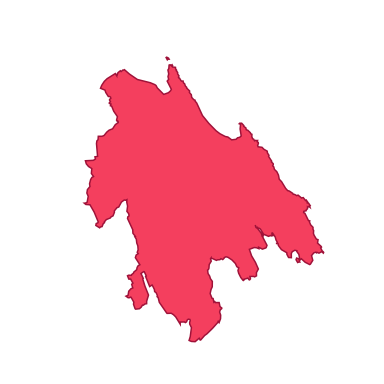 outline of Midleton Lea-7, Cork, Ireland, rotated 247°
{"feature_id": "5873133B11513938910004", "entity_name": "Midleton Lea-7", "entity_type": "district", "adm_level": 2, "iso_a3": "IRL", "parent_name": "Ireland", "parent_adm1": "Cork", "projection": "equal_earth", "projection_center": [-8.098, 51.922], "detail": "fine", "context": "isolated", "style": "filled", "palette": "rose", "viewbox_px": 384, "rotation_deg": 247, "n_neighbors": 0, "source": "geoboundaries", "source_scale": "gbopen_adm2", "svg_char_len": 6030}
<svg xmlns="http://www.w3.org/2000/svg" viewBox="0 0 384 384"><g transform="rotate(247 192 192)"><path d="M113.7,231.4L115.1,231.8L111.9,234.5L111.7,237.7L111.8,238.5L113.6,240.2L122.2,239.5L123.0,239.9L123.6,239.3L127.0,239.6L132.0,238.3L132.5,238.8L132.3,238.3L134.6,237.0L136.9,237.3L134.3,237.2L133.9,238.6L132.4,238.9L132.2,239.9L131.1,240.5L125.6,241.3L126.1,240.9L125.6,240.1L124.3,240.7L124.5,242.1L121.3,245.1L121.2,247.4L120.6,247.8L120.3,249.1L121.9,249.1L122.4,249.7L123.0,248.9L122.8,250.1L118.1,251.0L115.0,250.6L112.1,250.9L111.6,250.6L111.8,249.2L110.8,251.0L109.0,250.6L104.0,251.8L99.1,255.5L97.5,255.0L94.0,255.3L92.7,257.8L96.6,259.4L97.9,261.0L98.2,263.9L97.0,265.6L96.4,265.2L92.8,266.0L87.9,264.9L87.6,264.1L88.9,264.0L90.3,262.5L89.0,261.3L85.8,261.7L85.8,263.2L85.4,263.8L86.9,264.0L87.8,266.6L83.1,268.7L79.2,272.0L79.3,272.8L81.9,276.5L86.8,277.2L87.2,278.3L86.9,278.4L87.4,278.4L88.4,280.4L88.2,282.4L87.3,282.9L87.6,283.5L86.1,285.0L86.4,288.1L84.4,289.0L84.8,289.5L85.6,289.2L85.0,289.7L87.1,288.8L90.3,288.6L90.7,289.7L91.5,289.6L95.9,287.6L98.9,289.4L100.0,288.1L104.4,287.5L106.4,287.6L109.0,288.9L110.4,288.8L112.2,289.6L115.4,288.4L118.9,288.4L119.3,289.1L120.5,288.0L128.3,287.6L129.4,286.7L130.5,287.3L130.2,289.7L130.6,289.7L131.5,291.8L132.9,292.4L132.6,292.5L133.1,293.9L131.8,294.6L133.0,294.7L133.2,295.5L135.9,295.0L137.0,293.9L137.3,294.6L139.3,293.8L139.1,294.2L140.0,294.0L139.8,293.2L143.4,292.2L143.7,290.5L147.7,288.4L147.7,287.0L149.7,285.5L150.3,284.3L151.4,284.2L154.9,281.9L155.9,280.6L158.8,279.6L166.5,278.5L169.7,277.3L173.8,278.2L177.6,278.0L180.6,276.7L183.2,277.1L184.6,276.5L185.4,277.5L186.4,277.8L188.7,276.8L189.2,277.4L194.8,276.4L195.7,277.2L198.5,276.7L200.2,277.2L203.2,274.9L205.8,273.9L207.8,270.5L209.4,270.7L210.6,272.0L211.7,272.3L212.6,271.7L213.8,272.5L214.1,271.3L214.6,271.0L214.7,269.6L216.5,269.4L217.4,268.6L219.6,268.7L221.7,269.7L222.7,268.8L223.7,268.9L227.0,267.5L228.1,266.3L230.1,266.6L232.1,265.3L232.8,265.7L235.9,264.6L236.7,262.8L236.5,262.4L236.0,263.5L234.9,262.9L236.1,262.5L234.9,262.9L231.2,260.9L224.4,259.2L223.7,257.3L224.1,255.1L223.3,253.2L224.5,248.9L228.6,246.5L230.1,244.3L234.7,240.5L238.9,238.1L248.6,234.3L258.3,231.5L272.1,231.1L274.4,230.4L275.3,230.7L276.3,229.7L279.2,228.7L281.9,229.4L284.6,228.5L285.9,229.3L289.7,227.7L290.4,228.0L292.2,227.3L294.6,227.5L295.7,226.8L297.7,227.1L298.0,225.9L298.8,225.4L301.8,225.0L302.2,224.4L303.0,224.4L304.0,225.4L306.3,224.9L307.7,225.5L309.8,224.9L310.2,225.4L311.7,225.0L313.2,225.5L314.7,222.9L315.6,222.7L315.9,223.5L316.8,223.4L316.5,222.9L317.0,222.5L316.6,222.1L317.7,221.4L317.8,220.5L314.7,218.9L313.7,217.5L309.8,216.7L307.6,215.0L304.8,214.5L303.8,212.5L294.6,213.1L293.5,211.7L292.6,209.1L292.9,204.1L301.4,200.7L304.1,200.5L305.4,199.7L308.9,196.3L316.9,185.7L325.0,180.5L331.0,177.6L330.8,176.8L331.3,176.2L330.6,173.8L331.6,173.4L330.8,170.5L329.4,169.3L329.8,169.2L329.5,168.6L328.4,168.1L331.0,167.7L329.5,158.2L328.1,154.5L325.5,150.6L323.2,148.3L319.8,151.7L317.3,151.5L312.6,152.3L311.9,153.7L311.1,154.1L309.8,153.8L309.5,152.4L308.9,152.0L307.0,152.2L306.5,150.8L305.8,150.5L304.6,151.8L303.3,150.6L302.3,151.6L296.9,151.5L290.5,152.8L287.6,150.6L286.3,150.8L286.4,151.4L285.9,151.6L284.7,151.2L284.0,147.8L281.2,143.6L281.3,139.8L280.4,136.9L278.4,133.2L278.4,131.0L279.9,127.5L276.9,126.0L276.2,124.4L273.9,123.0L261.7,119.0L262.3,116.4L260.1,116.0L259.7,113.6L262.4,106.1L259.2,105.7L255.9,106.7L252.7,108.9L248.4,106.6L244.7,107.4L244.5,105.5L243.1,103.6L239.6,100.9L236.9,100.2L235.1,96.7L232.1,94.8L228.6,94.8L223.6,91.5L223.4,89.7L223.8,88.5L222.0,89.4L220.1,93.1L211.7,94.1L201.1,94.0L200.4,93.2L200.4,91.5L198.8,90.4L195.1,93.0L195.6,94.0L195.3,95.7L197.5,97.9L198.0,99.5L198.7,99.6L200.1,102.4L200.0,106.7L200.7,107.7L200.9,110.0L203.7,112.7L204.9,113.1L206.9,116.8L206.8,118.7L210.3,123.1L211.1,126.5L210.3,127.8L210.4,129.1L208.2,128.0L204.2,127.2L199.6,124.5L197.0,125.2L195.3,125.0L194.3,124.2L194.2,123.2L192.8,122.3L180.5,122.7L177.1,121.5L173.2,122.5L173.2,121.9L170.3,122.3L166.6,121.2L163.6,121.1L159.8,119.8L157.9,118.0L156.3,118.4L155.8,116.0L153.7,114.2L145.4,115.6L145.2,113.6L144.0,112.0L142.1,110.7L141.0,107.1L140.1,106.3L139.6,104.2L139.0,103.7L140.2,101.1L140.1,99.9L136.5,99.8L135.8,101.5L131.2,102.0L130.6,100.4L126.8,100.0L126.8,98.0L125.4,95.0L121.9,92.8L121.9,90.5L119.6,91.9L119.1,93.3L119.2,94.6L118.8,94.8L113.4,95.4L111.5,94.3L106.9,94.0L106.2,94.3L105.1,98.0L105.8,100.2L107.2,102.2L106.8,103.0L107.3,104.9L106.9,106.6L109.2,107.6L114.1,111.7L123.8,111.9L131.2,112.7L131.5,113.4L136.9,113.2L137.6,116.4L137.3,116.9L132.6,117.1L132.4,116.3L121.5,116.1L122.0,118.9L120.7,119.1L117.0,119.3L114.9,118.7L113.5,119.6L111.1,119.7L109.0,119.4L109.0,119.1L108.0,119.6L103.2,118.8L90.5,121.4L90.0,121.6L88.5,125.5L86.3,127.0L83.4,128.2L74.9,129.5L76.9,130.3L75.3,134.3L74.4,134.8L74.6,136.2L76.1,137.7L76.4,138.9L75.5,140.3L74.2,140.1L73.1,139.0L71.3,138.3L67.4,138.5L59.6,133.9L56.5,131.3L54.7,133.0L53.0,136.4L54.6,141.5L52.5,141.7L52.4,142.2L55.0,147.6L55.6,150.3L58.6,157.9L61.7,164.5L62.7,165.6L61.2,165.9L64.1,168.7L67.5,170.3L70.7,170.5L72.5,172.0L73.0,173.7L73.5,174.1L75.6,173.0L79.6,173.8L81.1,170.3L82.0,170.2L82.0,169.6L82.6,169.6L82.3,169.1L85.7,169.8L86.3,168.9L91.4,169.0L94.9,171.5L96.8,173.6L101.8,175.8L105.0,175.1L107.7,175.4L110.6,174.9L114.0,175.8L114.2,176.8L115.2,177.8L118.5,179.5L120.8,182.7L123.3,182.9L123.9,183.9L123.3,183.7L122.8,184.8L119.5,187.8L119.6,189.0L118.8,191.2L119.3,192.6L117.8,193.9L118.5,195.7L119.0,196.0L119.1,198.0L117.8,199.6L113.9,202.2L109.2,204.0L105.7,204.1L104.0,205.4L101.7,203.6L99.0,203.2L94.2,203.5L90.9,204.4L90.5,204.6L90.8,205.7L91.3,205.7L90.9,209.8L89.0,210.2L88.6,210.7L89.2,211.9L91.6,212.3L90.3,215.6L89.4,216.5L89.6,218.6L92.6,219.8L95.2,223.0L102.5,222.9L109.9,221.9L116.8,222.4L116.6,227.5L115.5,229.6L113.7,231.4ZM325.9,220.7L323.3,220.9L323.7,221.7L323.2,222.8L324.4,222.7L326.0,221.4L325.9,220.7Z" fill="#f43f5e" stroke="#9f1239" stroke-width="1.5"/></g></svg>